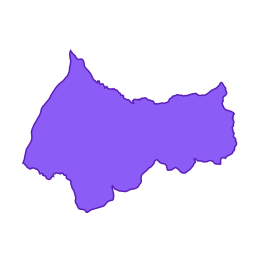 outline of Pedro Afonso, Tocantins, Brazil, rotated 356°
{"feature_id": "56859067B14151353864434", "entity_name": "Pedro Afonso", "entity_type": "district", "adm_level": 2, "iso_a3": "BRA", "parent_name": "Brazil", "parent_adm1": "Tocantins", "projection": "albers", "projection_center": [-48.016, -9.204], "detail": "fine", "context": "isolated", "style": "filled", "palette": "violet", "viewbox_px": 256, "rotation_deg": 356, "n_neighbors": 0, "source": "geoboundaries", "source_scale": "gbopen_adm2", "svg_char_len": 5840}
<svg xmlns="http://www.w3.org/2000/svg" viewBox="0 0 256 256"><g transform="rotate(356 128 128)"><path d="M76.1,46.8L75.6,47.9L75.3,49.0L75.1,50.1L75.0,51.4L75.1,52.7L75.1,54.2L75.5,55.8L75.5,57.1L75.4,58.2L74.8,60.9L74.1,63.2L73.8,64.3L73.7,65.7L73.4,67.5L72.1,70.2L71.5,71.3L70.7,72.3L69.4,73.4L67.2,75.8L66.2,76.7L64.4,77.9L62.2,79.4L61.3,80.3L59.7,81.9L57.8,84.1L56.4,86.0L55.6,87.0L54.8,88.1L53.4,90.1L52.7,91.5L52.3,92.3L51.7,93.1L50.0,95.0L47.2,97.9L46.6,98.7L45.1,100.1L44.2,100.9L42.9,103.2L42.5,104.4L42.2,105.6L41.9,106.6L41.3,107.9L40.6,109.3L39.0,111.4L37.0,114.6L36.2,115.7L35.2,117.0L34.5,118.2L33.3,120.5L32.2,122.9L31.6,124.4L31.4,125.9L31.5,128.4L31.5,130.5L31.3,131.6L31.0,133.1L30.4,134.4L29.7,135.8L28.1,138.1L26.3,140.5L25.5,141.6L25.0,142.8L24.4,144.6L23.1,149.3L22.7,150.6L22.5,151.7L22.1,152.8L21.4,154.1L20.8,155.8L22.3,156.5L22.9,157.8L23.8,158.6L24.5,159.3L24.6,160.2L25.6,160.7L26.3,161.3L27.1,161.9L28.0,162.1L29.1,161.3L30.6,161.3L31.7,161.4L32.6,162.1L33.4,162.7L34.5,162.8L35.9,164.6L36.3,165.9L36.7,167.5L38.1,167.6L39.1,167.2L40.2,167.9L39.8,169.3L42.1,170.0L42.8,171.0L42.9,172.1L43.9,173.1L45.2,173.8L46.4,173.7L47.4,173.1L48.2,171.7L49.3,170.9L50.3,171.1L50.0,169.9L50.4,169.0L51.7,168.5L53.2,167.7L55.6,168.5L56.6,168.5L57.4,169.1L58.5,168.3L59.8,168.6L60.3,169.7L61.2,170.7L62.6,170.5L63.0,171.5L63.0,172.7L63.3,174.1L64.5,175.0L65.9,175.7L67.1,176.4L67.1,179.6L67.7,182.0L68.0,183.6L68.5,184.8L69.2,186.0L69.9,187.3L70.1,188.9L70.6,190.6L70.5,191.8L71.0,192.7L71.1,193.9L70.4,196.5L70.4,198.0L70.6,199.3L71.4,200.3L71.8,201.6L72.4,203.0L72.7,203.9L73.2,204.8L74.3,205.5L75.2,205.8L76.3,205.9L77.4,206.1L78.4,206.5L79.4,207.0L79.9,208.1L80.6,209.2L81.8,209.2L85.5,207.0L97.8,204.3L99.2,203.6L99.8,202.9L100.5,202.1L101.9,200.7L102.8,200.0L104.0,199.5L105.3,199.2L107.5,198.9L108.4,197.9L109.0,194.9L108.9,193.8L109.1,192.5L108.6,191.1L108.4,190.0L108.4,189.0L108.0,185.6L108.4,184.7L109.5,185.9L110.3,187.5L111.2,188.4L112.5,188.8L113.8,189.5L114.9,190.2L116.6,190.4L120.3,191.1L121.3,191.2L122.4,190.9L123.9,190.4L125.3,189.6L126.7,189.4L128.8,189.2L129.7,189.2L131.8,188.6L133.4,187.8L134.7,186.5L135.5,185.0L136.8,183.8L137.5,182.5L137.4,181.0L137.6,179.9L137.5,178.5L137.8,177.4L138.2,176.2L138.9,175.0L140.0,174.4L142.3,172.6L143.2,172.0L144.0,171.3L144.9,170.7L145.4,169.7L146.2,169.2L147.3,169.0L148.6,168.0L149.6,167.1L150.3,166.3L151.1,165.5L151.7,164.7L151.9,163.5L153.0,162.2L154.3,161.6L155.2,162.1L157.0,164.2L158.0,165.0L159.9,165.8L161.0,166.1L162.5,166.6L163.4,167.7L163.8,168.7L164.0,170.1L164.2,171.5L164.5,172.7L165.8,172.9L167.6,172.9L169.4,172.5L170.2,171.9L171.5,171.2L172.9,170.7L173.9,171.5L174.8,172.2L175.5,173.0L176.2,173.9L177.0,174.9L177.7,175.6L178.5,176.3L179.8,176.7L180.8,176.9L181.8,176.9L182.8,176.3L183.6,175.8L184.6,175.1L185.8,174.4L186.7,173.9L188.5,172.1L189.8,170.7L190.5,169.8L191.2,168.5L192.9,166.6L192.7,165.5L192.0,164.5L191.8,163.5L192.8,163.3L193.6,163.7L194.3,164.5L194.9,165.3L195.8,165.8L197.9,165.8L199.1,166.3L200.2,166.8L201.5,167.1L203.0,167.2L204.3,167.1L205.2,166.7L206.2,166.4L207.8,166.3L209.1,166.5L210.0,167.0L210.7,167.7L211.5,168.9L212.4,169.7L213.8,170.1L215.1,170.2L216.4,170.5L217.7,170.5L218.1,169.5L218.0,168.2L218.1,166.7L218.4,165.7L218.9,164.7L220.0,164.3L221.0,164.3L222.2,164.4L223.1,165.0L224.1,163.6L225.3,162.8L226.6,162.2L227.9,161.8L229.0,161.2L230.1,160.6L230.8,159.7L231.1,158.5L232.3,158.0L232.8,156.9L232.9,155.4L233.4,154.1L234.0,153.3L234.9,152.4L235.1,151.3L235.2,150.3L234.8,149.3L234.2,148.4L234.7,147.6L234.5,146.4L233.8,145.2L232.6,144.0L232.9,142.0L233.5,140.6L232.6,139.6L232.7,138.2L232.3,137.2L232.2,135.9L231.9,134.6L232.9,133.8L233.4,132.8L233.4,131.3L233.9,130.2L234.1,129.2L233.7,127.8L232.9,126.8L233.5,125.6L233.0,124.7L233.9,123.7L233.9,122.1L235.0,121.5L234.2,120.1L233.2,119.5L232.4,118.8L231.3,118.4L230.1,118.1L229.3,117.4L227.9,117.2L226.7,116.5L225.7,115.5L224.9,114.3L224.6,113.2L224.0,111.8L223.7,110.5L223.7,109.1L224.4,108.4L224.9,107.6L224.7,106.6L224.7,105.4L224.9,104.3L225.5,103.4L227.3,102.4L228.2,101.5L228.9,100.2L228.7,98.6L228.1,97.4L228.0,96.5L228.2,95.4L227.6,94.1L226.6,92.7L225.1,89.6L224.3,89.0L223.3,89.7L222.6,90.5L222.2,91.6L220.9,92.7L219.6,93.7L218.6,94.6L217.6,94.7L216.4,95.4L215.4,95.9L214.3,96.0L213.1,97.0L212.2,97.5L211.5,98.1L209.4,99.5L208.4,99.9L207.0,100.6L205.7,100.6L204.6,100.3L203.2,100.6L202.0,100.6L200.8,100.4L199.5,99.4L198.6,98.5L197.5,98.2L196.0,98.4L194.2,98.5L192.4,99.0L190.8,99.2L189.8,99.8L188.4,99.7L187.0,99.7L185.7,100.0L183.5,98.9L182.1,99.2L180.9,98.5L179.6,98.3L178.5,98.5L177.3,99.1L175.5,99.2L174.4,99.8L173.7,100.8L171.5,101.9L170.4,104.0L169.1,105.2L167.6,105.4L166.3,105.8L164.9,105.9L164.0,105.4L162.8,105.6L161.2,105.7L160.0,106.0L158.8,106.0L157.6,105.7L156.6,106.0L156.0,105.1L155.4,103.8L155.0,102.9L153.5,102.6L152.4,102.0L151.3,101.6L149.9,101.5L148.9,100.1L147.6,99.2L146.1,99.2L144.9,99.5L143.8,99.2L143.1,99.9L142.1,100.0L141.6,101.0L140.4,100.2L139.1,100.3L137.5,100.0L136.0,99.9L135.5,100.8L134.4,101.4L135.0,102.5L135.3,103.5L133.7,103.4L132.7,102.5L131.3,100.6L130.6,99.9L129.5,99.8L127.9,99.2L126.7,98.4L125.9,97.7L125.5,96.7L125.8,95.8L124.9,94.9L123.5,95.1L122.9,94.4L122.9,93.1L121.7,92.4L120.9,91.5L120.3,90.4L119.3,89.3L117.7,89.0L117.0,87.8L115.6,88.4L114.9,87.7L113.7,88.2L112.7,87.8L111.5,87.6L110.2,86.5L109.8,85.3L108.9,86.0L107.7,86.3L107.9,85.3L106.8,84.2L105.9,82.1L104.4,82.3L103.3,82.5L102.7,81.7L102.8,80.5L102.5,79.1L101.0,79.1L100.7,80.7L99.4,79.9L98.5,78.6L97.3,77.6L96.5,76.4L95.5,73.5L94.8,72.1L94.2,70.8L93.6,70.0L93.0,69.0L92.3,68.0L91.4,67.0L90.5,65.9L88.9,63.5L88.6,62.5L88.7,61.4L88.7,60.4L88.5,59.2L88.1,57.7L87.3,56.5L86.0,55.9L84.5,56.1L83.0,56.1L82.0,55.4L81.4,54.6L80.9,53.7L80.6,52.6L79.8,51.7L78.8,50.8L77.9,49.7L76.1,46.8Z" fill="#8b5cf6" stroke="#5b21b6" stroke-width="1.5"/></g></svg>